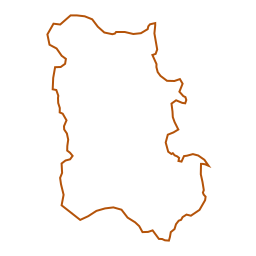 an SVG outline of Plovdiv
{"feature_id": "BGR-2235", "entity_name": "Plovdiv", "entity_type": "Province", "adm_level": 1, "iso_a3": "BGR", "parent_name": "Bulgaria", "parent_adm1": "", "projection": "orthographic", "projection_center": [24.881, 42.293], "detail": "fine", "context": "isolated", "style": "outline", "palette": "amber", "viewbox_px": 256, "rotation_deg": 0, "n_neighbors": 0, "source": "natural_earth", "source_scale": "10m", "svg_char_len": 1607}
<svg xmlns="http://www.w3.org/2000/svg" viewBox="0 0 256 256"><path d="M155.2,25.4L154.4,33.4L157.2,49.5L155.6,53.9L152.4,55.0L156.5,64.1L156.4,67.1L157.7,72.1L160.5,75.9L167.0,80.8L174.4,81.0L179.9,79.1L182.6,83.7L179.4,91.7L183.3,96.1L185.4,97.1L186.3,100.0L185.2,103.3L182.3,102.9L176.1,100.3L171.5,103.6L172.5,111.6L172.8,117.1L174.6,122.1L178.3,129.5L173.5,132.4L167.8,134.7L165.7,142.5L168.2,151.7L171.4,154.0L172.8,153.2L174.6,155.3L177.2,156.4L179.1,157.9L178.5,161.0L181.5,161.6L184.0,156.1L187.0,155.7L192.9,154.1L198.2,155.5L204.4,159.8L208.6,165.8L205.1,164.3L202.6,163.9L201.0,163.9L200.8,174.3L202.5,182.0L203.8,190.1L202.9,192.6L203.7,194.6L205.6,196.7L205.1,200.2L199.5,209.9L190.9,215.7L186.5,214.6L182.6,217.1L181.1,219.8L178.7,220.7L176.0,224.2L174.5,229.1L170.8,232.1L169.9,237.1L168.9,240.6L164.9,240.3L162.1,239.0L158.9,238.9L152.6,230.4L148.1,231.9L142.5,232.1L139.2,226.1L135.1,222.3L127.6,217.6L121.5,209.7L113.4,207.4L105.1,208.4L96.4,210.9L88.2,216.2L80.2,219.9L61.6,205.3L63.6,194.8L61.0,184.2L60.1,177.9L62.1,172.9L61.6,163.5L65.5,160.5L70.1,159.3L72.6,155.9L70.0,152.7L67.2,150.6L67.3,146.1L68.2,139.7L66.9,133.5L64.2,129.5L64.0,126.2L66.5,120.3L62.7,113.7L59.7,112.4L59.8,108.0L58.2,103.0L58.0,98.0L58.3,95.8L56.3,90.0L52.7,89.3L53.2,77.9L55.1,67.2L60.7,67.0L65.1,63.8L65.9,58.9L61.7,55.8L56.6,48.5L49.5,44.7L47.4,34.4L53.5,23.7L60.2,24.5L70.6,15.4L76.9,15.4L84.7,16.3L92.2,19.3L97.8,26.7L104.3,32.5L112.3,34.2L114.8,33.6L116.1,32.0L124.8,32.0L133.3,34.0L140.9,33.2L147.7,29.1L148.3,26.3L150.0,24.3L155.2,23.1L155.2,25.4Z" fill="none" stroke="#b45309" stroke-width="2"/></svg>